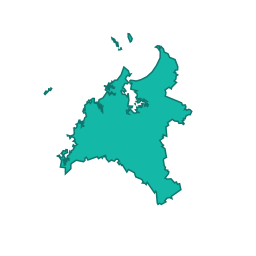 Whangarei District, Northland, New Zealand (orthographic projection), rotated 235°
{"feature_id": "76426892B88537535922351", "entity_name": "Whangarei District", "entity_type": "district", "adm_level": 2, "iso_a3": "NZL", "parent_name": "New Zealand", "parent_adm1": "Northland", "projection": "orthographic", "projection_center": [174.414, -35.694], "detail": "fine", "context": "isolated", "style": "filled", "palette": "teal", "viewbox_px": 256, "rotation_deg": 235, "n_neighbors": 0, "source": "geoboundaries", "source_scale": "gbopen_adm2", "svg_char_len": 5961}
<svg xmlns="http://www.w3.org/2000/svg" viewBox="0 0 256 256"><g transform="rotate(235 128 128)"><path d="M48.2,110.7L46.3,111.5L45.8,116.7L47.3,116.4L48.2,119.8L47.2,122.1L44.9,123.5L47.2,124.2L47.2,136.0L52.8,138.3L53.5,136.3L56.1,136.6L56.3,134.7L61.7,134.1L63.6,130.8L65.7,129.6L67.4,135.0L68.7,136.3L70.0,135.5L70.5,136.3L72.8,134.3L74.3,136.1L76.3,136.0L81.5,138.6L82.3,139.8L81.9,142.7L90.0,146.4L93.5,145.1L93.3,146.8L93.9,147.7L93.8,146.7L99.7,146.9L99.7,151.4L101.3,151.4L101.1,152.5L102.2,153.0L99.0,155.0L107.1,159.7L107.0,162.9L109.6,163.5L109.7,169.3L107.1,170.1L104.7,172.8L102.6,172.4L100.8,175.2L99.2,175.3L99.3,176.4L102.8,176.6L102.3,178.2L103.9,178.8L102.8,180.0L104.5,182.2L104.3,185.2L103.2,186.6L105.0,189.7L107.4,189.3L108.6,188.3L108.7,186.2L110.4,186.2L110.7,185.0L112.1,187.6L114.1,188.1L115.4,185.8L117.9,186.3L132.7,176.8L135.1,179.3L137.9,180.2L137.9,185.0L135.2,185.9L136.3,187.2L137.5,193.9L140.0,192.8L140.7,195.4L143.0,197.2L143.0,199.2L145.3,198.2L146.1,198.9L147.1,197.6L148.1,200.1L147.2,202.0L149.6,203.9L157.1,205.8L162.0,202.6L165.9,203.3L169.5,201.2L172.4,202.4L175.9,201.8L174.6,199.6L177.3,200.7L178.5,199.2L178.5,197.0L176.7,198.3L172.0,198.2L167.0,194.5L162.9,187.3L160.1,180.0L159.2,172.9L160.1,166.5L161.7,161.8L165.6,157.6L165.5,156.5L163.0,155.2L161.9,156.0L162.5,156.7L161.4,156.7L162.2,156.5L158.3,152.6L153.3,156.6L153.8,154.2L150.4,155.1L146.8,151.7L144.6,156.0L145.0,154.3L144.2,154.1L145.7,152.6L144.6,151.8L145.0,150.2L144.1,150.7L143.0,150.4L142.5,151.6L143.1,155.7L141.2,155.2L140.0,156.3L140.1,156.6L141.7,156.9L142.6,157.4L142.6,157.6L138.8,158.9L139.3,157.0L137.1,156.3L137.1,158.6L136.6,156.2L135.3,157.8L134.5,156.4L136.1,155.6L136.3,154.3L137.7,155.8L140.1,153.2L137.9,152.6L137.1,151.0L137.8,150.8L137.6,150.4L137.9,150.0L138.0,149.9L137.8,151.1L139.0,151.2L139.8,149.6L138.8,149.8L138.8,148.5L140.1,147.1L137.8,146.0L138.6,144.6L136.0,144.8L136.2,143.9L135.9,144.7L135.0,144.9L134.9,145.9L134.4,145.9L135.0,144.8L135.9,144.5L135.7,143.0L137.1,141.3L141.7,140.7L141.2,136.4L139.0,136.7L140.6,135.4L143.4,136.9L141.9,138.8L143.8,140.4L142.3,142.9L143.3,144.2L146.2,140.4L150.3,144.7L156.4,148.1L154.1,145.2L157.3,144.9L158.7,142.9L162.2,143.3L162.4,144.8L159.4,145.5L160.5,147.1L158.8,147.5L162.6,147.6L164.0,146.5L166.3,151.2L164.5,152.9L165.1,154.5L169.6,154.0L170.9,155.8L171.4,157.9L169.6,158.9L170.6,161.3L171.1,159.9L174.7,161.1L180.3,159.6L175.5,152.9L173.5,146.5L174.8,144.4L174.2,142.0L175.4,141.6L174.0,140.3L174.8,139.4L174.0,138.4L175.8,138.1L174.0,134.8L176.5,132.6L171.5,134.3L174.1,136.0L172.8,136.8L173.8,137.4L171.5,138.2L172.1,139.3L171.9,139.6L171.0,138.6L169.5,139.9L169.5,138.6L167.9,140.1L169.5,138.3L170.8,138.4L172.1,136.5L169.8,134.4L173.3,133.0L172.3,131.3L166.4,133.3L167.0,135.3L163.2,135.8L163.7,136.8L163.6,137.0L163.5,137.5L163.2,138.0L163.4,137.1L163.6,136.8L162.7,136.3L163.3,135.3L165.5,135.4L165.9,134.8L164.8,134.3L166.2,134.2L165.5,131.7L169.7,131.9L167.0,124.7L167.7,120.4L166.0,119.0L168.0,115.4L164.8,118.2L163.0,117.6L163.3,119.2L162.0,119.5L161.2,118.2L160.3,119.8L159.6,117.7L159.5,118.4L159.3,118.5L159.3,117.6L158.3,118.0L155.4,116.2L157.4,115.9L159.4,117.3L160.1,116.2L160.3,118.0L161.8,115.8L163.2,116.2L162.1,116.5L162.2,117.9L163.2,116.7L165.7,116.8L167.9,114.7L171.5,117.3L172.4,116.3L172.4,113.3L170.5,113.6L169.7,111.4L172.4,111.8L171.0,110.9L172.6,109.1L171.5,108.8L171.5,105.5L169.8,104.9L168.9,102.4L167.6,102.3L167.6,103.5L166.7,102.7L168.0,101.4L167.5,100.6L165.6,100.4L164.9,101.9L161.3,100.6L161.2,98.6L159.1,95.7L160.6,91.9L157.8,93.2L158.3,93.7L158.2,94.3L157.8,94.6L157.2,92.7L154.3,93.0L155.9,92.0L155.5,90.5L158.1,92.5L160.3,91.0L161.8,93.1L162.5,92.4L160.4,89.7L160.8,87.6L159.2,87.9L157.8,86.2L158.1,83.2L154.1,80.7L153.7,78.9L154.8,75.2L152.6,74.5L153.3,76.9L151.0,78.3L148.7,77.9L148.5,75.6L146.9,77.0L146.2,76.3L143.6,77.0L143.7,74.2L145.6,73.6L144.7,72.2L142.7,72.8L141.6,70.0L142.0,68.5L140.5,67.6L141.0,65.7L139.8,65.1L139.8,62.5L138.4,60.8L137.0,62.2L135.5,61.1L138.0,60.0L138.1,58.8L136.8,59.6L136.4,58.2L135.5,59.3L136.0,57.5L133.8,55.7L134.2,53.8L134.7,55.5L135.7,55.6L135.3,56.4L136.0,55.8L137.5,55.9L136.2,56.4L137.2,58.1L138.2,56.4L139.3,56.7L139.0,59.2L142.4,59.5L143.3,61.1L142.6,64.3L145.1,65.7L145.9,64.8L145.0,63.5L146.6,61.9L145.2,59.4L142.0,58.8L141.5,57.0L143.6,55.7L145.1,56.2L145.8,53.5L144.2,55.2L139.4,54.9L134.8,50.2L131.4,53.9L126.3,50.4L127.4,57.8L131.2,60.5L131.4,62.1L131.3,67.1L125.9,72.2L126.2,74.2L127.9,75.3L127.9,77.1L124.8,76.8L122.2,86.3L119.8,86.3L119.7,89.6L118.0,89.6L119.2,91.9L118.6,93.5L117.8,92.5L117.4,93.5L115.3,92.5L111.3,92.9L111.3,96.0L108.7,97.7L109.3,100.6L107.9,101.8L105.8,102.0L105.8,99.8L103.1,99.8L103.5,101.3L101.0,101.3L101.0,102.3L92.6,101.8L93.7,104.6L87.8,107.6L83.4,106.3L78.0,109.8L75.2,109.6L74.7,108.2L73.1,110.1L71.2,110.4L72.5,112.6L59.6,112.5L60.4,114.3L59.2,114.4L49.8,109.0L48.2,108.8L48.2,110.7ZM202.3,180.3L197.2,179.2L197.2,180.6L198.8,182.7L204.3,183.1L205.2,182.2L202.3,180.3ZM201.6,165.8L200.3,166.8L203.8,168.5L204.1,166.8L201.6,165.8ZM204.2,79.2L203.0,79.3L203.8,83.7L205.3,81.8L204.2,79.2ZM206.5,165.9L204.7,167.1L205.0,167.9L205.8,167.1L207.4,167.7L207.7,166.5L206.5,165.9ZM204.0,84.4L204.2,85.6L203.2,86.1L203.8,87.3L205.5,85.5L204.0,84.4ZM211.1,166.5L209.3,165.8L207.8,167.0L208.6,167.7L211.1,166.5ZM198.1,168.5L196.9,167.3L196.3,167.8L198.1,168.5ZM157.0,74.2L156.3,73.9L156.2,74.6L155.7,74.8L155.5,75.4L157.0,74.2ZM197.3,165.3L197.0,165.8L197.6,165.7L197.3,165.3ZM173.1,111.3L172.9,112.0L173.3,111.9L173.1,111.3ZM148.7,152.0L147.9,151.6L148.7,152.1L148.7,152.0ZM204.8,87.8L204.3,87.4L204.3,88.0L204.8,87.8ZM143.8,150.4L144.6,150.2L143.6,150.4L143.8,150.4ZM145.6,59.1L145.4,58.6L145.0,58.9L145.6,59.1ZM159.0,84.0L158.5,84.4L159.0,84.2L159.0,84.0ZM143.9,147.8L143.9,147.5L143.5,147.6L143.9,147.8ZM149.3,76.1L149.1,76.1L148.7,76.2L149.3,76.1ZM141.5,66.4L141.5,66.7L141.9,66.7L141.5,66.4Z" fill="#14b8a6" stroke="#0f766e" stroke-width="1.5"/></g></svg>